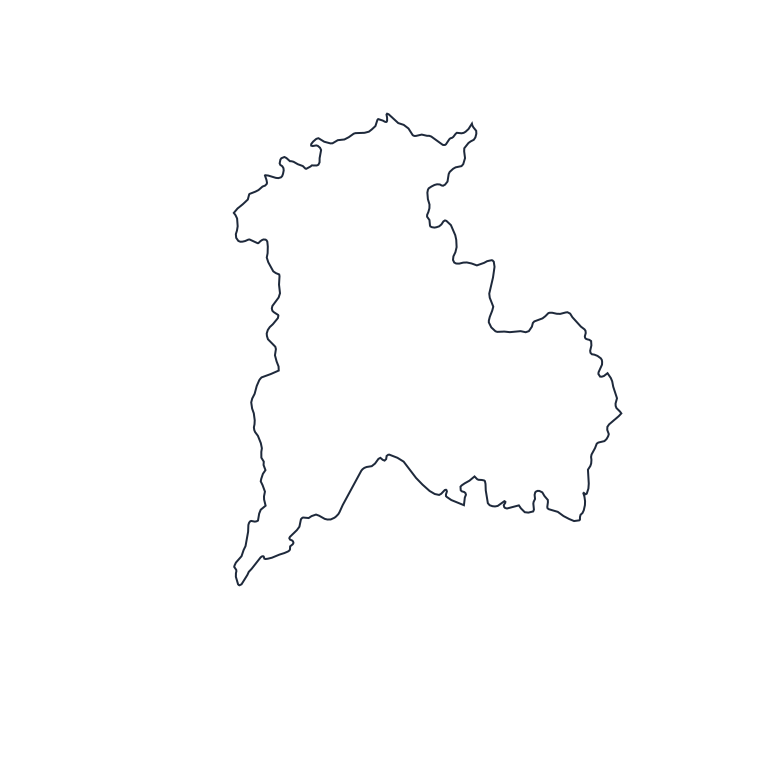 Tra Linh, Cao Bằng, Vietnam, rotated 46°
{"feature_id": "81297802B5716614329371", "entity_name": "Tra Linh", "entity_type": "district", "adm_level": 2, "iso_a3": "VNM", "parent_name": "Vietnam", "parent_adm1": "Cao Bằng", "projection": "natural_earth1", "projection_center": [106.323, 22.803], "detail": "fine", "context": "isolated", "style": "outline", "palette": "slate", "viewbox_px": 768, "rotation_deg": 46, "n_neighbors": 0, "source": "geoboundaries", "source_scale": "gbopen_adm2", "svg_char_len": 6165}
<svg xmlns="http://www.w3.org/2000/svg" viewBox="0 0 768 768"><g transform="rotate(46 384 384)"><path d="M156.6,373.2L159.3,373.5L162.9,374.7L168.9,379.7L171.5,383.2L173.3,386.5L176.2,388.8L179.9,389.4L181.9,388.5L183.3,386.9L184.7,384.6L185.9,381.3L186.7,380.3L194.9,377.1L195.4,376.5L195.4,373.6L195.8,371.5L196.4,370.2L197.9,368.9L199.2,368.7L200.6,369.1L204.4,372.1L209.1,376.9L211.6,380.5L216.1,382.7L226.0,385.4L229.0,384.8L232.4,383.3L233.8,384.2L239.6,390.5L246.5,395.8L248.6,399.7L250.3,410.0L251.7,412.2L253.7,413.4L255.6,413.4L260.8,412.2L261.5,412.5L262.9,414.6L263.8,422.5L263.7,426.6L264.4,430.0L266.2,433.3L268.2,434.9L271.2,436.4L281.7,436.3L283.8,437.5L287.6,442.5L293.2,445.6L298.2,447.7L301.2,450.4L298.2,458.5L294.2,467.5L294.3,469.4L294.6,471.1L297.0,476.9L301.2,483.9L302.9,488.9L305.0,492.3L310.0,495.9L314.6,498.0L320.3,502.2L323.0,505.1L324.8,507.7L327.0,509.3L329.0,510.1L333.7,510.7L341.0,513.7L345.4,516.5L347.6,519.4L351.8,523.4L356.3,524.4L358.6,526.9L363.6,529.1L364.5,533.5L366.9,538.1L368.4,540.3L372.4,541.6L378.7,544.4L381.5,548.4L383.8,550.5L389.3,553.7L388.8,560.0L390.5,563.8L394.7,569.5L394.3,571.0L393.3,572.5L390.2,574.7L389.8,576.0L390.2,577.7L391.2,579.5L395.9,584.4L404.4,596.2L405.9,600.3L408.9,606.1L409.6,614.6L410.7,617.5L411.5,618.8L415.0,619.4L416.1,620.2L417.3,622.0L419.8,624.5L426.7,628.1L427.7,628.1L428.4,627.8L429.1,625.6L426.4,614.8L425.2,611.8L425.0,607.6L423.0,593.1L423.3,591.4L423.9,590.6L424.6,590.4L426.5,591.4L427.6,590.8L429.0,588.9L431.1,585.3L434.1,577.7L436.4,573.1L437.8,569.4L438.0,567.9L437.8,566.7L435.6,564.3L435.9,560.9L435.4,559.5L434.1,558.8L432.7,558.8L430.6,559.7L429.1,559.2L428.6,557.8L428.6,548.2L427.9,544.0L423.6,537.7L423.5,536.1L423.8,535.0L428.1,531.3L428.7,527.9L430.7,523.6L433.6,522.2L439.9,520.3L442.1,518.9L444.4,516.5L445.8,512.5L446.0,510.6L445.9,507.3L445.3,505.1L442.4,497.8L430.6,460.5L430.4,458.6L430.7,456.4L431.6,454.2L434.6,449.9L435.0,445.7L434.0,440.0L434.6,437.9L437.7,437.6L439.5,436.8L439.5,434.6L437.6,432.1L437.8,430.2L438.4,429.3L446.4,425.6L453.5,423.8L473.8,426.2L483.1,426.2L492.6,425.5L498.4,423.9L502.1,421.4L502.7,419.1L502.5,414.0L503.1,412.9L503.8,412.8L505.0,413.4L506.5,416.2L507.7,417.3L508.8,417.3L514.2,416.2L526.7,410.7L521.8,404.7L520.6,402.0L519.1,401.2L517.5,401.3L515.2,402.6L513.7,402.6L511.0,400.3L510.9,398.6L511.5,395.0L512.9,389.7L513.4,383.1L517.2,383.1L518.5,382.6L521.0,380.3L522.9,379.0L524.0,378.9L526.4,380.4L531.2,384.7L541.9,392.1L544.6,392.2L547.2,390.9L549.2,389.2L550.7,386.9L551.9,378.8L553.0,378.5L553.7,379.3L554.3,382.0L556.0,383.0L557.3,383.0L559.0,382.0L565.0,371.3L568.6,371.9L574.0,371.8L576.8,369.5L579.3,365.2L578.5,363.4L573.8,359.7L572.7,358.2L571.6,355.2L568.4,352.7L567.0,350.5L567.0,349.2L567.6,347.7L568.9,346.5L571.9,345.4L576.1,346.4L581.2,346.7L582.9,348.2L585.9,352.0L587.1,352.7L588.6,352.4L596.7,347.8L603.7,346.6L609.7,344.6L614.6,342.5L617.7,338.3L617.7,337.3L615.8,335.4L614.6,333.4L614.7,330.9L613.6,328.0L610.7,323.6L608.0,320.8L604.3,318.1L601.1,316.5L601.1,315.9L603.4,315.6L603.7,314.3L601.2,309.6L597.9,305.9L587.3,296.8L586.3,292.5L585.1,290.2L582.7,287.5L580.3,285.7L578.9,283.7L576.7,276.7L574.7,272.4L575.0,270.5L578.2,265.1L578.2,262.1L577.3,259.1L576.2,257.1L572.1,255.3L570.0,253.1L569.4,250.1L570.2,237.5L570.0,233.7L567.9,233.4L562.8,233.5L560.7,232.6L558.9,231.0L556.1,226.3L545.2,221.0L540.6,218.0L537.3,216.7L531.5,215.7L531.0,220.3L530.0,222.3L528.8,223.4L525.7,222.8L524.6,221.5L521.5,213.7L519.6,211.7L518.0,210.6L516.2,210.2L512.1,210.9L509.0,212.3L507.0,213.8L505.0,213.8L503.3,212.6L500.3,208.0L497.0,205.2L494.9,205.6L493.0,206.8L491.5,207.4L490.4,207.2L489.2,206.4L487.5,203.5L485.7,202.1L484.0,201.8L479.5,202.5L466.8,202.1L462.7,201.2L459.8,202.2L458.7,203.7L456.0,208.5L453.4,211.0L449.6,213.5L447.9,215.2L447.2,216.5L447.3,220.9L446.9,224.4L443.4,232.4L443.5,234.5L445.5,237.8L446.6,243.1L445.2,246.1L440.9,249.0L434.1,257.5L429.9,261.0L425.2,266.3L423.5,267.2L417.8,267.5L412.5,265.8L411.2,264.5L409.2,261.3L406.4,255.2L404.3,251.7L395.4,248.0L392.1,245.5L383.1,231.6L376.5,223.1L372.3,220.1L370.5,220.1L369.8,220.5L368.5,222.5L367.3,224.5L366.4,227.8L363.2,234.8L358.1,237.3L354.1,240.0L351.7,242.7L349.7,246.2L347.5,248.4L345.4,249.1L342.7,248.2L340.4,245.4L338.8,241.1L336.0,236.7L330.5,231.9L326.5,229.4L316.2,225.5L310.0,225.8L308.7,226.5L308.3,228.3L309.1,231.8L308.9,234.8L307.7,237.3L306.6,239.0L304.5,240.6L302.9,241.2L301.9,240.8L297.6,237.4L293.6,236.8L292.3,235.5L291.1,232.6L289.1,229.2L286.5,226.6L281.5,224.0L276.5,219.9L274.8,217.5L274.3,215.9L274.9,212.7L275.9,209.4L277.2,207.1L279.3,205.2L281.1,204.7L282.4,203.8L283.0,201.6L282.5,197.7L277.9,191.6L277.1,189.4L277.2,184.8L277.9,182.0L281.1,176.9L280.9,174.3L277.8,168.8L272.3,164.7L270.2,162.5L269.3,155.8L269.7,153.1L270.7,149.8L270.1,147.0L268.1,143.7L265.9,141.8L261.4,141.4L259.3,140.8L257.8,139.9L259.3,146.1L259.2,150.1L258.7,152.2L257.5,154.1L253.9,157.1L253.8,158.7L254.4,162.6L254.1,164.3L253.4,165.5L253.3,166.9L254.6,172.9L254.5,173.8L253.8,174.8L252.8,175.6L238.8,178.1L236.8,179.1L235.4,180.6L230.8,183.6L227.8,188.6L226.6,189.9L225.0,190.5L217.2,188.9L211.3,189.8L206.2,192.5L193.2,193.3L191.7,194.0L191.9,195.0L194.6,196.8L196.8,198.9L197.2,199.9L197.0,200.5L195.9,201.2L193.6,201.9L189.4,204.2L189.5,205.4L192.5,211.0L192.4,216.0L192.0,219.6L189.8,223.5L183.7,230.3L182.9,231.9L182.0,237.9L180.6,242.6L176.5,247.9L175.1,253.8L173.7,255.4L168.2,258.7L161.7,260.4L161.0,261.6L160.6,262.8L160.4,266.6L160.8,269.5L161.5,270.5L162.0,270.8L163.3,270.0L165.3,267.0L166.7,266.2L169.6,265.9L172.0,266.7L176.8,273.4L179.8,276.4L180.7,278.9L180.1,280.6L176.6,284.1L176.5,285.8L175.2,290.4L174.5,290.9L170.8,291.0L166.1,293.3L161.3,294.7L159.5,295.8L158.4,296.9L153.8,297.2L152.5,297.6L151.5,298.0L150.3,301.0L150.6,302.6L152.8,305.8L154.4,306.4L156.7,305.9L158.9,306.4L160.7,307.8L162.7,310.7L163.7,312.8L163.8,314.5L162.5,317.0L160.6,318.6L153.6,322.5L151.3,324.4L151.3,324.8L155.6,326.8L158.0,328.4L158.6,329.3L158.7,331.7L157.6,334.2L157.3,339.6L156.3,342.9L153.9,348.6L153.9,349.2L156.7,353.8L156.6,360.7L156.0,367.4L156.6,373.2Z" fill="none" stroke="#1e293b" stroke-width="2"/></g></svg>